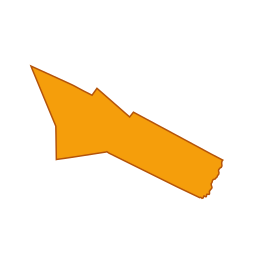 the district of Tres de Febrero, Buenos Aires, Argentina, rotated 160°
{"feature_id": "61730980B88678124443771", "entity_name": "Tres de Febrero", "entity_type": "district", "adm_level": 2, "iso_a3": "ARG", "parent_name": "Argentina", "parent_adm1": "Buenos Aires", "projection": "equal_earth", "projection_center": [-58.607, -34.6], "detail": "fine", "context": "isolated", "style": "filled", "palette": "amber", "viewbox_px": 256, "rotation_deg": 160, "n_neighbors": 0, "source": "geoboundaries", "source_scale": "gbopen_adm2", "svg_char_len": 1208}
<svg xmlns="http://www.w3.org/2000/svg" viewBox="0 0 256 256"><g transform="rotate(160 128 128)"><path d="M198.0,219.4L198.0,218.7L196.6,186.0L195.2,154.4L198.0,146.2L205.7,124.1L206.1,122.9L205.9,122.9L200.4,121.7L198.6,121.3L190.3,119.6L156.5,112.9L156.0,113.0L155.2,111.9L154.4,110.8L153.9,110.3L120.4,75.2L101.8,55.7L85.1,38.7L84.6,38.1L83.6,38.0L82.8,37.2L82.5,36.6L81.3,36.6L80.8,37.1L80.5,37.5L79.9,38.1L79.4,37.8L79.0,37.3L78.3,36.7L77.8,36.9L77.2,37.8L77.0,38.2L76.7,38.7L75.4,38.4L74.6,37.9L74.1,38.1L73.7,38.8L73.5,39.5L73.2,40.6L72.4,41.2L72.0,41.5L71.1,42.1L70.3,42.4L69.5,43.2L69.3,44.2L69.3,44.8L69.3,45.8L68.9,47.2L68.2,47.7L67.7,48.1L67.2,48.8L67.1,49.1L66.5,49.8L65.5,50.4L64.7,50.4L63.4,50.3L63.0,50.6L62.6,50.9L61.4,51.3L60.8,51.8L60.5,52.2L60.0,52.7L59.7,52.9L59.0,53.2L58.5,53.6L57.8,54.9L57.7,55.9L57.6,56.7L57.4,57.2L56.9,58.0L56.2,58.3L55.6,58.6L55.0,59.0L54.6,59.2L53.9,59.1L53.3,59.6L52.7,60.3L52.3,61.7L52.2,62.3L51.9,63.1L51.4,64.1L51.1,64.6L50.6,64.9L49.9,65.4L58.7,75.0L87.6,107.5L117.5,141.0L122.7,137.8L143.6,175.9L150.6,171.1L156.7,177.6L160.9,182.3L164.0,185.8L165.6,187.5L166.4,188.3L192.3,213.8L198.0,219.4Z" fill="#f59e0b" stroke="#b45309" stroke-width="1.5"/></g></svg>